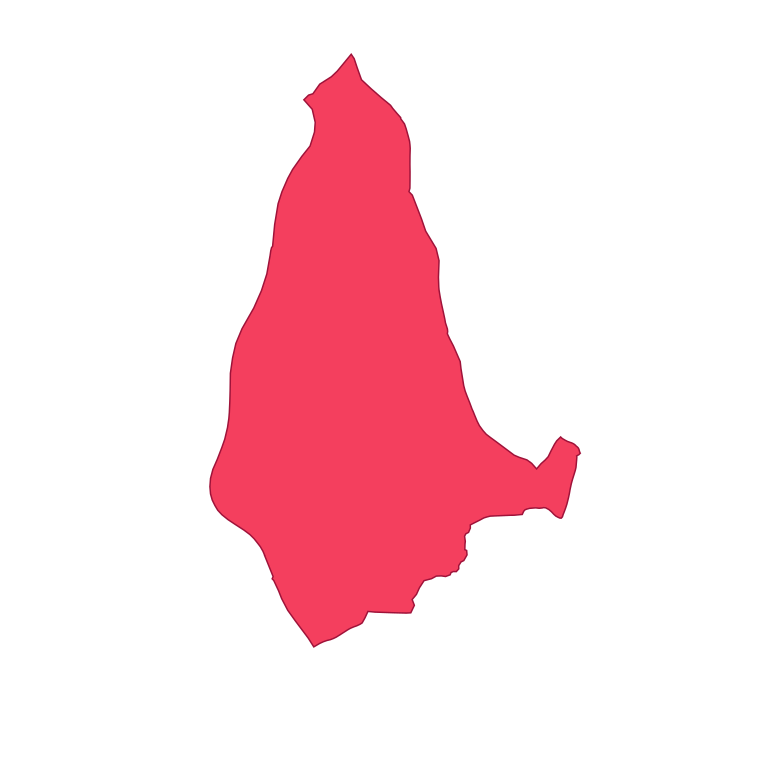 Ibadan South East, Oyo, Nigeria (Mercator projection), rotated 123°
{"feature_id": "59680162B26854390786792", "entity_name": "Ibadan South East", "entity_type": "district", "adm_level": 2, "iso_a3": "NGA", "parent_name": "Nigeria", "parent_adm1": "Oyo", "projection": "mercator", "projection_center": [3.898, 7.355], "detail": "fine", "context": "isolated", "style": "filled", "palette": "rose", "viewbox_px": 768, "rotation_deg": 123, "n_neighbors": 0, "source": "geoboundaries", "source_scale": "gbopen_adm2", "svg_char_len": 3207}
<svg xmlns="http://www.w3.org/2000/svg" viewBox="0 0 768 768"><g transform="rotate(123 384 384)"><path d="M400.0,162.3L398.2,162.0L395.8,162.7L392.7,163.3L388.8,164.2L385.1,165.2L378.7,167.4L374.6,169.0L371.1,170.5L365.6,172.6L361.2,174.0L356.5,175.3L352.3,176.5L349.3,177.6L346.5,179.1L343.3,180.8L341.3,181.9L340.2,182.5L339.4,183.3L337.0,182.0L335.1,181.7L334.9,182.3L333.7,183.7L332.9,184.6L332.6,184.9L331.8,186.3L331.5,187.6L331.4,188.8L331.3,189.4L331.0,190.2L331.1,190.6L331.0,191.2L330.9,191.7L331.0,193.4L331.2,194.7L331.7,196.5L331.9,197.7L332.2,198.5L332.3,199.6L332.4,200.8L332.5,201.7L332.5,202.3L332.6,204.3L332.5,205.9L332.2,207.0L337.6,208.2L341.6,208.2L349.1,207.5L355.5,206.7L359.8,207.4L365.3,208.9L372.1,209.8L370.1,217.0L369.8,222.8L371.9,230.8L372.8,236.1L371.9,249.5L371.3,258.7L370.9,265.5L370.5,270.8L369.2,275.5L367.0,281.3L364.5,285.6L361.0,290.7L358.6,294.1L357.0,296.6L353.2,301.7L349.1,307.5L345.7,312.1L342.0,316.2L329.2,327.8L323.7,332.3L314.3,346.5L310.4,353.4L307.4,358.2L305.3,359.2L303.3,360.8L299.2,365.8L296.5,368.3L291.7,373.1L285.3,379.6L280.4,384.3L275.0,389.2L272.8,390.9L269.5,393.2L264.8,396.5L250.6,405.0L241.9,414.2L233.1,432.3L225.1,442.5L210.2,463.1L209.1,467.8L205.7,468.9L199.2,473.0L191.9,477.7L185.8,481.8L178.3,486.6L172.2,490.3L169.4,492.4L166.6,494.7L163.1,498.5L157.9,504.4L154.7,508.5L152.5,514.3L151.5,515.1L150.0,520.5L148.1,526.8L146.7,530.3L145.3,542.4L143.4,555.7L141.1,568.6L133.4,578.7L127.4,586.2L125.3,591.1L147.1,593.6L155.0,595.5L167.5,601.2L179.3,601.7L182.8,604.6L189.3,606.0L192.7,593.8L202.0,584.2L210.6,579.5L224.7,575.6L237.9,576.9L253.8,577.5L264.0,576.7L278.3,574.3L290.5,571.0L309.7,562.6L329.2,552.4L330.8,552.6L334.0,551.5L338.3,549.5L355.5,542.2L372.5,537.6L391.1,534.6L414.9,533.2L430.7,530.3L444.6,525.2L458.6,518.7L473.4,509.4L482.4,503.9L492.3,498.1L497.3,495.4L505.8,491.5L517.0,487.5L525.6,485.4L537.9,482.8L548.8,481.0L557.6,478.1L564.9,474.1L570.7,469.6L574.9,464.8L578.0,459.6L580.4,454.7L581.9,448.8L582.7,441.0L582.8,432.7L582.8,421.9L583.3,414.4L584.5,408.7L586.3,403.3L587.8,399.1L590.2,394.4L592.1,391.6L592.7,390.7L592.8,390.8L605.9,372.1L608.3,371.7L608.8,369.5L614.9,359.7L619.7,353.0L626.2,341.5L630.9,329.5L638.4,309.1L642.7,299.7L636.7,296.7L633.2,294.5L630.1,292.1L627.7,289.8L625.1,287.9L622.3,286.2L616.9,283.7L610.0,280.6L607.3,279.2L604.0,277.0L601.7,275.2L598.5,273.2L596.3,272.2L590.3,272.6L583.5,273.6L580.3,267.5L571.0,252.0L564.0,240.6L561.3,236.9L553.1,238.0L549.4,243.0L542.8,242.2L535.6,243.3L527.1,243.3L521.4,238.1L516.6,235.5L513.7,231.4L511.9,227.5L508.0,224.6L505.6,225.1L503.5,223.7L502.0,221.2L498.3,220.6L495.7,222.4L491.3,222.5L488.6,220.9L482.1,221.3L478.6,224.0L478.9,226.0L474.1,228.9L471.7,230.1L470.1,231.5L467.8,233.5L465.1,233.8L462.4,232.3L457.8,233.1L455.2,234.9L450.7,232.3L446.1,229.6L441.9,227.3L439.6,225.4L437.0,223.0L433.9,218.7L425.3,206.6L423.1,203.3L420.8,200.4L418.1,197.0L414.7,197.5L412.9,197.3L411.5,196.4L409.0,194.2L405.3,189.4L403.7,186.2L401.8,183.8L400.8,182.9L399.8,181.0L399.5,177.3L399.9,174.3L400.1,173.4L400.8,170.6L401.2,167.9L401.1,167.1L401.1,166.9L401.0,165.5L400.7,163.6L400.0,162.3Z" fill="#f43f5e" stroke="#9f1239" stroke-width="1.5"/></g></svg>